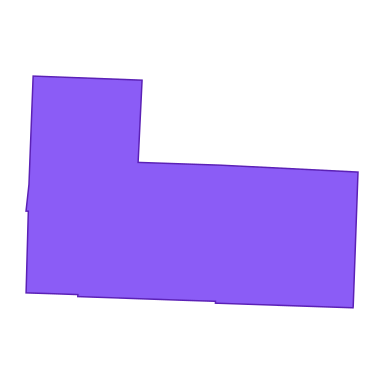 outline of Lincoln, Colorado, United States of America, rotated 92°
{"feature_id": "52423323B65338081573095", "entity_name": "Lincoln", "entity_type": "district", "adm_level": 2, "iso_a3": "USA", "parent_name": "United States of America", "parent_adm1": "Colorado", "projection": "albers", "projection_center": [-103.434, 39.041], "detail": "fine", "context": "isolated", "style": "filled", "palette": "violet", "viewbox_px": 384, "rotation_deg": 92, "n_neighbors": 0, "source": "geoboundaries", "source_scale": "gbopen_adm2", "svg_char_len": 392}
<svg xmlns="http://www.w3.org/2000/svg" viewBox="0 0 384 384"><g transform="rotate(92 192 192)"><path d="M300.5,193.1L300.4,164.7L302.3,164.7L302.1,27.0L300.4,26.9L168.1,26.8L166.3,26.8L164.2,164.6L164.3,246.9L82.0,245.8L81.7,354.8L190.2,355.2L216.9,357.2L216.9,354.9L298.6,354.3L298.5,326.9L298.5,302.5L300.5,302.5L300.5,193.1Z" fill="#8b5cf6" stroke="#5b21b6" stroke-width="1.5"/></g></svg>